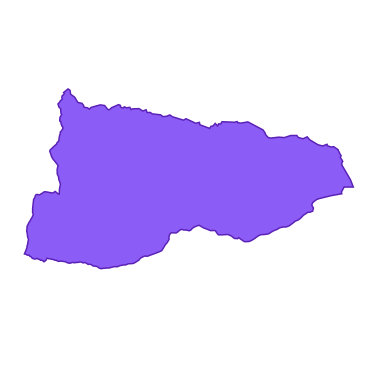 the district of Santo Domingo Xagacía, Oaxaca, Mexico, rotated 187°
{"feature_id": "50627088B84578791163006", "entity_name": "Santo Domingo Xagacía", "entity_type": "district", "adm_level": 2, "iso_a3": "MEX", "parent_name": "Mexico", "parent_adm1": "Oaxaca", "projection": "orthographic", "projection_center": [-96.28, 17.127], "detail": "fine", "context": "isolated", "style": "filled", "palette": "violet", "viewbox_px": 384, "rotation_deg": 187, "n_neighbors": 0, "source": "geoboundaries", "source_scale": "gbopen_adm2", "svg_char_len": 4135}
<svg xmlns="http://www.w3.org/2000/svg" viewBox="0 0 384 384"><g transform="rotate(187 192 192)"><path d="M326.2,108.3L325.0,108.4L322.8,108.1L321.4,108.2L319.9,107.5L318.6,107.8L317.2,107.1L316.2,106.9L315.3,107.0L313.6,107.5L308.9,107.3L307.6,106.7L305.7,106.4L304.1,106.5L303.0,107.1L301.9,107.6L300.1,107.4L298.1,108.0L296.1,108.3L294.6,109.0L293.3,108.9L291.3,108.3L290.1,108.9L288.4,108.6L286.3,107.5L284.5,107.9L282.9,107.5L281.7,106.8L280.5,106.4L279.5,106.7L278.4,106.5L277.3,106.5L274.6,105.1L272.9,104.8L270.5,105.5L268.0,106.0L265.8,106.4L264.4,106.7L261.8,107.8L259.7,108.5L257.1,108.7L254.3,110.2L251.5,111.1L248.8,111.6L246.4,113.0L244.0,113.4L241.6,113.9L239.8,115.1L236.5,117.8L235.1,120.1L231.4,122.6L228.4,122.8L223.4,125.4L218.3,128.0L214.9,130.1L213.5,133.0L212.3,135.9L210.3,139.0L209.0,142.2L209.4,145.1L208.9,147.3L207.7,148.9L205.6,149.2L202.8,149.4L201.4,150.5L199.6,152.5L197.9,153.7L196.0,153.3L193.0,153.5L189.9,153.2L188.6,154.0L187.3,155.9L185.6,157.4L183.1,158.9L180.9,159.8L175.9,157.7L173.6,157.2L168.8,155.9L165.4,156.5L164.1,156.4L161.5,153.4L160.5,152.7L157.3,153.1L151.1,154.2L147.3,153.0L144.4,151.1L141.1,151.2L140.2,152.4L136.6,150.4L133.9,149.1L131.6,149.4L129.4,149.8L127.2,151.0L124.3,153.3L121.2,156.3L118.5,158.0L114.2,158.8L110.7,159.9L108.0,162.2L105.4,164.0L103.3,165.1L102.7,165.4L102.0,166.1L100.3,167.3L97.1,168.4L94.2,168.8L91.5,170.2L88.1,173.4L85.9,175.7L83.1,177.2L81.2,179.0L78.6,182.5L76.9,183.9L74.7,185.9L72.5,186.3L69.9,187.7L69.5,190.9L71.5,193.5L71.0,196.0L68.8,198.4L67.1,199.9L64.6,201.1L53.5,205.3L43.1,208.5L43.7,210.0L41.7,215.4L32.5,216.6L36.3,223.6L46.2,236.6L46.9,238.5L46.4,240.2L46.1,240.7L47.4,242.5L49.0,244.2L48.4,246.1L50.3,248.6L52.2,251.8L56.9,254.3L59.1,253.6L62.9,254.3L63.8,255.8L68.0,253.6L72.8,254.3L81.4,258.1L84.4,260.8L88.3,258.4L93.0,259.0L94.9,260.9L100.9,260.1L106.9,257.3L112.7,257.0L120.4,255.1L123.1,255.4L126.1,258.1L126.6,259.5L129.1,262.3L145.1,268.4L152.0,266.3L154.9,266.4L155.8,267.4L158.7,266.3L161.4,266.2L170.8,265.4L171.8,263.0L173.9,262.9L174.7,260.7L177.3,262.9L179.4,259.9L181.1,259.6L182.3,257.3L192.4,259.7L193.1,262.0L196.7,260.7L206.9,264.0L209.2,262.3L220.6,264.3L223.4,265.8L226.6,264.0L229.9,263.3L232.7,264.8L240.9,264.7L243.1,265.9L246.2,265.4L247.6,268.0L250.8,266.4L254.7,268.3L261.2,267.3L262.4,266.3L264.1,268.5L267.0,267.6L269.6,268.3L270.6,266.9L273.2,267.5L273.6,269.2L275.5,269.8L282.1,265.9L283.9,263.7L285.6,263.6L289.2,267.2L293.7,267.3L302.4,263.7L304.0,261.8L305.9,262.8L309.5,263.0L310.2,264.8L312.0,266.6L316.2,267.0L320.0,271.8L324.4,274.3L325.4,278.0L327.6,279.2L331.6,275.1L330.8,274.4L331.4,272.8L332.5,271.9L332.8,270.3L332.1,268.2L333.8,266.5L334.3,265.2L335.8,263.0L334.9,261.2L334.7,260.4L332.5,258.5L331.7,254.3L330.8,253.1L332.1,250.2L332.1,247.9L331.9,246.3L330.7,245.7L330.4,244.1L329.0,241.4L328.5,241.3L327.8,239.4L329.4,236.1L330.0,235.6L329.9,233.9L330.4,231.2L330.5,228.3L330.3,226.8L332.0,224.4L332.2,223.2L334.6,220.5L338.0,216.3L338.1,215.3L338.1,214.9L337.0,212.9L335.7,210.0L334.0,207.7L331.8,205.7L328.2,202.0L328.6,197.9L328.1,194.6L327.9,193.3L326.4,191.0L325.7,188.2L323.6,183.9L323.9,178.2L323.5,173.8L324.3,173.8L324.9,174.0L327.8,175.9L330.1,174.0L337.6,174.4L339.0,174.0L340.4,172.6L343.2,170.5L344.9,170.7L346.3,170.5L347.0,169.5L347.3,167.7L348.3,165.3L348.2,155.9L347.9,154.6L347.9,152.9L346.8,150.0L347.7,147.3L349.5,143.0L350.4,141.3L350.6,140.3L351.5,138.0L351.4,136.6L351.3,133.1L350.6,131.0L349.6,127.1L348.9,125.9L348.6,125.4L348.6,123.8L348.8,122.1L348.8,120.0L349.2,118.2L349.0,116.9L349.5,114.8L349.8,113.6L350.8,110.1L349.8,110.0L349.0,109.8L348.3,109.4L347.6,109.3L346.5,109.3L346.1,109.5L345.4,108.7L344.9,108.4L344.6,108.3L344.2,108.3L343.7,108.0L343.4,107.7L343.1,107.3L342.3,106.7L342.0,106.6L341.4,106.6L340.8,106.4L340.3,106.2L340.0,106.3L338.4,106.7L338.2,107.1L337.7,107.2L337.1,107.0L336.3,106.6L334.9,106.5L334.5,106.0L333.8,105.8L332.8,106.0L332.5,105.8L331.1,105.5L331.0,105.0L330.7,104.8L330.3,104.8L329.8,105.1L328.8,106.3L328.3,106.9L328.2,107.7L327.7,108.7L326.9,108.5L326.2,108.3Z" fill="#8b5cf6" stroke="#5b21b6" stroke-width="1.5"/></g></svg>